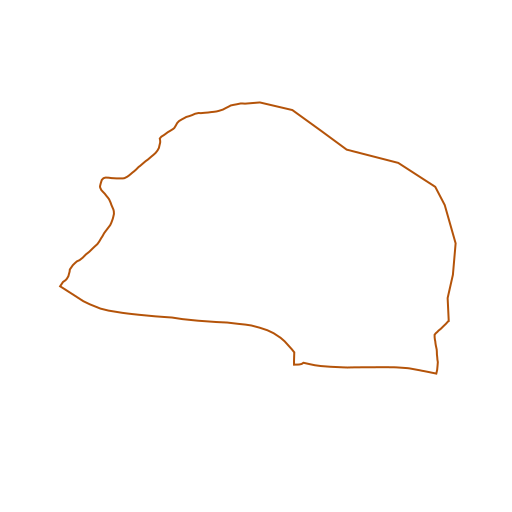 Delaide, Dennery, Saint Lucia, rotated 168°
{"feature_id": "8701671B46031998027021", "entity_name": "Delaide", "entity_type": "district", "adm_level": 2, "iso_a3": "LCA", "parent_name": "Saint Lucia", "parent_adm1": "Dennery", "projection": "albers", "projection_center": [-60.905, 13.93], "detail": "fine", "context": "isolated", "style": "outline", "palette": "amber", "viewbox_px": 512, "rotation_deg": 168, "n_neighbors": 0, "source": "geoboundaries", "source_scale": "gbopen_adm2", "svg_char_len": 2517}
<svg xmlns="http://www.w3.org/2000/svg" viewBox="0 0 512 512"><g transform="rotate(168 256 256)"><path d="M104.1,103.5L102.5,106.9L101.3,110.7L100.2,114.4L100.1,116.9L99.8,119.1L99.5,122.1L99.0,124.8L98.7,127.0L98.7,129.6L98.7,131.3L98.6,133.3L98.4,135.2L98.4,136.9L98.2,139.2L97.7,141.8L96.3,143.0L94.5,144.0L92.9,145.1L90.3,146.4L87.2,148.4L84.3,150.2L81.7,152.1L81.0,152.3L77.3,175.0L67.3,196.7L58.1,226.9L60.8,266.6L66.3,286.4L97.5,317.5L145.2,341.2L166.2,364.8L190.1,391.2L220.3,405.4L235.1,407.3L236.1,407.6L237.5,408.0L239.4,408.4L243.5,408.4L246.6,408.5L249.4,408.5L251.7,407.8L254.8,407.0L257.9,406.1L262.1,405.7L264.5,405.6L267.4,405.8L269.9,406.1L273.0,406.3L276.7,406.8L280.3,407.2L282.4,407.8L286.0,407.8L289.2,407.1L292.2,406.7L295.3,406.5L297.5,405.8L300.0,405.1L303.2,404.0L305.4,402.5L307.5,400.1L309.3,398.2L310.6,397.5L313.9,396.3L316.6,395.4L319.4,394.1L321.0,393.4L323.8,392.4L325.7,390.9L325.7,389.5L325.9,387.9L326.2,386.8L327.4,384.3L328.5,381.9L330.4,379.7L332.8,377.7L335.2,376.3L337.7,375.0L341.7,372.8L344.3,371.7L347.6,369.9L350.7,368.2L352.3,367.5L355.3,365.5L357.6,364.2L359.5,363.3L361.5,362.2L363.6,361.1L365.5,360.3L368.5,359.5L370.3,359.6L373.8,360.4L376.6,361.0L381.0,362.2L384.1,363.3L386.9,364.0L389.0,363.8L391.0,362.5L391.8,361.1L392.9,359.1L394.1,356.6L394.2,355.3L393.6,352.7L392.5,350.8L391.0,348.4L389.7,345.7L388.6,343.6L387.9,342.0L387.1,338.3L386.8,335.9L385.8,330.9L385.8,329.2L386.2,326.7L387.4,324.1L388.4,322.1L390.6,318.6L392.2,316.5L395.1,314.0L397.9,311.6L399.8,309.9L402.4,306.9L403.3,306.1L406.3,302.8L408.7,300.6L412.0,298.7L414.6,297.1L418.2,294.8L420.2,293.8L421.9,293.0L426.0,290.3L429.5,288.6L432.3,288.0L434.9,286.5L437.1,285.1L439.1,283.2L440.9,281.5L441.6,279.4L442.5,277.7L443.7,275.3L445.8,273.0L447.4,271.9L450.2,270.7L453.9,267.1L447.3,260.6L434.3,247.7L428.6,243.3L419.1,236.9L411.7,233.3L398.6,228.2L392.9,226.2L388.7,224.8L382.9,222.9L367.0,217.9L356.3,214.8L351.0,213.3L341.2,209.6L331.6,206.5L326.3,204.8L308.3,199.6L298.0,196.9L287.7,193.4L280.6,191.1L275.0,189.0L267.3,185.1L260.3,181.0L254.8,176.8L248.9,170.8L245.8,166.7L240.4,157.4L238.6,153.8L240.6,145.6L241.4,141.8L236.5,140.9L233.8,140.9L231.8,141.7L225.2,138.7L221.1,136.9L215.5,134.9L206.3,132.2L193.3,128.8L189.7,127.9L185.3,127.1L178.8,125.8L164.5,122.8L161.5,122.2L158.6,121.6L145.1,118.7L141.9,117.9L131.1,114.8L129.1,114.1L121.6,111.0L119.4,110.1L117.4,109.2L116.1,108.7L110.5,106.3L108.5,105.4L105.7,104.2L104.1,103.5Z" fill="none" stroke="#b45309" stroke-width="2"/></g></svg>